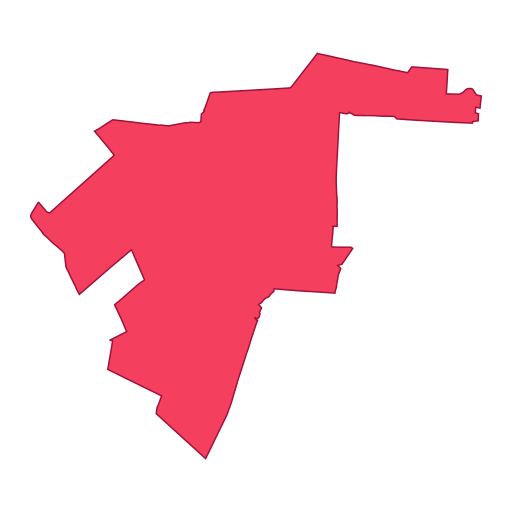 the district of Vulturu, Constanta, Romania
{"feature_id": "2599482B75754291666061", "entity_name": "Vulturu", "entity_type": "district", "adm_level": 2, "iso_a3": "ROU", "parent_name": "Romania", "parent_adm1": "Constanta", "projection": "albers", "projection_center": [28.28, 44.64], "detail": "fine", "context": "isolated", "style": "filled", "palette": "rose", "viewbox_px": 512, "rotation_deg": 0, "n_neighbors": 0, "source": "geoboundaries", "source_scale": "gbopen_adm2", "svg_char_len": 5239}
<svg xmlns="http://www.w3.org/2000/svg" viewBox="0 0 512 512"><path d="M42.7,233.1L43.0,233.7L43.7,234.5L46.5,236.9L51.0,241.2L53.3,243.4L53.7,243.7L53.8,243.8L56.5,245.9L60.8,249.7L61.1,249.9L62.1,250.9L62.6,251.3L63.0,251.8L63.4,252.2L63.6,252.4L63.8,252.6L63.9,252.8L64.1,253.1L64.3,253.4L64.5,253.9L64.6,254.1L64.6,254.4L64.7,254.5L64.7,255.5L65.1,259.3L65.5,263.2L65.7,264.6L65.8,265.7L65.9,266.4L65.9,266.6L66.0,266.8L66.2,267.4L66.3,267.8L66.5,268.2L66.8,268.8L67.1,269.4L67.4,270.0L67.8,270.6L68.1,271.3L68.4,271.9L69.4,274.0L70.4,276.1L70.9,277.3L71.5,278.5L73.7,283.0L75.2,286.0L75.5,286.6L75.8,287.3L76.0,287.9L76.3,288.5L76.5,289.0L76.8,289.6L79.3,294.4L84.2,290.2L91.9,283.5L101.7,275.0L108.4,269.2L108.5,269.1L109.2,268.4L115.7,263.0L123.2,256.7L131.3,249.9L131.5,249.8L132.6,252.1L133.5,254.3L134.4,256.6L135.4,258.8L136.3,261.0L136.9,262.4L144.2,279.1L144.3,279.3L144.4,279.6L144.3,279.9L144.3,280.0L144.2,280.2L144.1,280.3L143.9,280.5L143.0,281.0L142.1,281.6L141.2,282.2L140.3,282.8L139.4,283.5L138.6,284.1L137.8,284.8L136.9,285.5L126.2,294.9L124.1,296.7L121.8,298.8L114.8,304.6L114.7,304.7L114.7,304.8L114.7,305.0L118.1,312.2L122.8,322.4L123.0,322.9L124.8,327.3L126.7,331.6L109.6,340.3L109.8,340.3L110.3,340.3L110.7,340.4L111.2,340.5L111.8,340.6L112.0,340.6L112.4,340.8L112.5,340.8L112.6,341.0L110.2,355.2L107.8,369.3L107.7,369.4L108.0,369.6L109.6,370.3L113.7,372.3L119.0,374.9L126.3,378.6L133.7,382.2L145.9,388.2L152.5,391.4L161.0,395.6L161.5,395.8L161.7,396.0L161.5,396.3L161.4,396.5L161.2,396.7L161.2,396.9L160.4,399.1L160.0,400.3L159.8,401.1L159.7,401.2L158.0,405.6L157.9,405.8L157.8,406.1L157.7,406.3L157.5,406.5L157.4,406.7L157.3,406.9L157.2,407.1L157.2,407.4L157.2,407.5L156.8,409.5L156.6,410.5L156.5,411.5L156.3,412.5L156.2,413.5L156.3,413.7L162.4,419.3L170.4,426.6L173.5,429.4L179.9,435.2L185.7,440.5L193.2,447.3L200.3,453.8L205.6,458.6L211.6,446.4L213.8,441.8L220.2,428.7L223.9,421.1L226.4,415.9L227.0,414.6L229.0,409.1L231.2,403.1L233.1,396.6L235.9,387.2L238.3,378.9L239.6,375.0L242.9,364.8L245.3,357.5L245.7,356.1L246.1,354.6L246.5,353.5L248.4,348.3L249.3,345.3L251.3,338.6L252.6,334.8L253.2,333.1L255.8,325.1L257.6,320.4L257.3,320.4L257.0,320.3L256.6,320.1L256.4,319.9L256.0,319.6L255.8,319.4L255.8,319.2L255.7,318.7L255.1,318.2L255.1,317.9L255.2,317.7L255.4,317.6L255.8,317.8L256.4,318.6L256.6,318.7L257.2,318.7L257.7,318.5L258.2,318.1L258.9,317.5L260.0,314.0L259.6,312.1L261.4,308.3L261.6,307.9L261.4,307.7L258.5,304.5L258.6,304.4L259.6,303.7L260.6,303.3L261.3,302.8L263.5,300.2L265.8,298.0L267.3,297.6L268.2,297.1L269.4,296.2L269.6,295.9L269.7,295.1L273.1,291.9L273.8,291.6L274.0,288.9L277.9,289.1L288.5,290.0L294.0,290.4L295.6,290.6L306.5,291.3L318.5,292.0L322.8,292.3L335.0,293.1L335.2,291.0L335.8,289.2L336.6,286.7L336.6,284.7L337.7,278.9L338.2,275.3L340.8,268.5L338.2,266.0L337.8,265.4L342.0,264.2L350.8,251.3L352.2,249.2L352.7,248.6L352.6,248.4L352.3,248.1L352.0,247.9L351.6,247.6L351.2,247.4L350.9,247.3L350.5,247.2L349.9,247.2L344.1,247.2L335.1,247.1L333.1,247.1L332.5,247.0L332.1,246.7L331.9,246.5L331.7,246.2L331.6,245.8L331.5,245.4L331.6,244.9L331.9,241.8L332.4,236.5L332.9,231.4L333.1,228.0L333.1,227.4L332.9,226.8L332.6,226.4L333.3,226.3L337.1,226.3L337.1,221.5L337.1,220.0L337.2,214.8L337.2,210.8L337.0,205.4L337.2,201.8L337.0,197.3L336.8,197.3L336.2,182.9L336.2,177.3L336.4,171.7L337.8,145.5L337.8,145.4L339.0,122.4L339.6,112.7L340.2,112.6L341.5,112.8L342.1,113.0L342.9,113.2L343.7,113.4L346.0,113.7L346.8,113.9L347.4,113.6L347.9,113.4L348.2,113.3L348.8,113.1L348.9,112.6L349.2,112.8L349.8,112.4L349.9,112.7L350.2,112.9L350.6,113.1L351.0,113.3L351.6,113.6L352.3,113.9L352.9,114.3L354.0,115.1L354.5,115.3L355.2,115.4L359.3,115.5L365.0,115.6L367.6,115.6L370.1,115.6L375.0,115.7L379.7,116.1L386.0,116.2L393.9,116.4L395.0,117.0L395.6,117.6L396.7,118.9L409.4,119.8L421.2,120.5L433.1,121.2L447.5,122.0L456.7,122.5L472.5,123.1L472.6,121.6L475.4,121.2L478.2,120.8L478.5,113.7L475.2,112.8L475.8,107.3L480.0,108.1L480.0,107.9L480.7,101.9L480.9,99.5L481.1,98.1L481.2,96.6L481.3,96.0L481.1,96.0L480.6,95.8L479.8,95.7L479.6,95.6L478.6,95.4L476.5,94.9L475.4,93.3L472.6,89.2L471.2,88.5L467.8,88.6L465.9,89.5L462.7,92.6L459.2,94.2L446.3,93.9L446.7,87.9L447.8,69.5L415.1,67.1L411.8,66.9L407.6,72.7L397.6,70.6L393.9,70.0L386.7,68.3L385.1,68.0L379.9,66.8L378.3,66.4L362.2,63.2L353.6,61.6L346.8,59.9L346.0,59.8L327.8,55.7L319.0,53.9L318.2,53.7L317.5,53.6L317.3,53.4L314.0,57.8L309.6,63.5L303.7,71.0L297.9,78.5L293.7,83.9L293.7,84.0L291.0,87.4L290.8,87.3L290.7,87.5L290.2,87.9L275.9,88.8L249.8,90.3L215.9,92.2L214.3,92.2L211.6,92.4L210.3,93.0L210.0,93.6L206.8,102.8L204.7,108.4L203.7,110.6L204.3,111.1L204.3,111.5L204.1,111.7L202.9,112.7L201.6,113.7L201.4,114.0L201.2,116.6L200.8,121.9L199.0,122.6L189.5,122.3L188.0,122.8L185.2,122.8L182.3,123.3L168.5,125.9L160.3,125.0L158.4,125.3L157.8,125.0L151.0,124.2L140.4,123.1L140.2,123.0L122.6,120.9L114.8,120.0L113.6,119.9L112.6,119.9L112.2,120.1L111.6,120.5L106.2,123.9L100.2,128.0L94.5,131.2L101.6,139.6L101.7,139.8L108.4,147.8L111.7,152.1L114.2,155.3L105.6,163.0L49.6,213.0L46.8,211.9L38.7,202.4L38.2,202.5L34.9,207.9L31.6,213.3L31.0,214.7L30.7,215.8L30.8,217.2L32.0,219.4L38.5,227.6L42.8,233.0L42.7,233.1Z" fill="#f43f5e" stroke="#9f1239" stroke-width="1.5"/></svg>